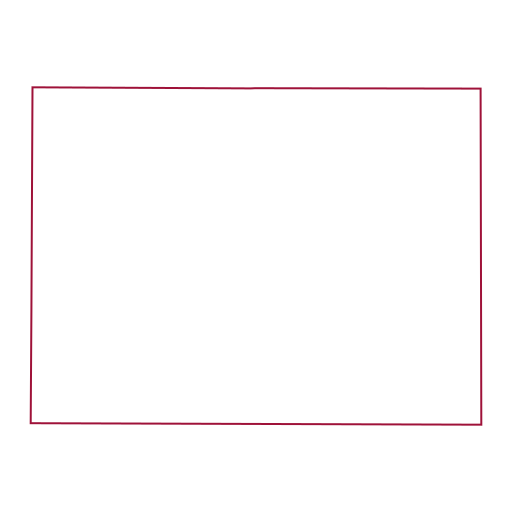 Adams, Iowa, United States of America (orthographic projection)
{"feature_id": "52423323B85396857356380", "entity_name": "Adams", "entity_type": "district", "adm_level": 2, "iso_a3": "USA", "parent_name": "United States of America", "parent_adm1": "Iowa", "projection": "orthographic", "projection_center": [-94.7, 41.029], "detail": "fine", "context": "isolated", "style": "outline", "palette": "rose", "viewbox_px": 512, "rotation_deg": 0, "n_neighbors": 0, "source": "geoboundaries", "source_scale": "gbopen_adm2", "svg_char_len": 215}
<svg xmlns="http://www.w3.org/2000/svg" viewBox="0 0 512 512"><path d="M480.6,88.6L255.0,88.2L250.7,88.4L32.5,87.3L31.4,311.7L30.7,423.2L481.3,424.7L480.6,88.6Z" fill="none" stroke="#9f1239" stroke-width="2"/></svg>